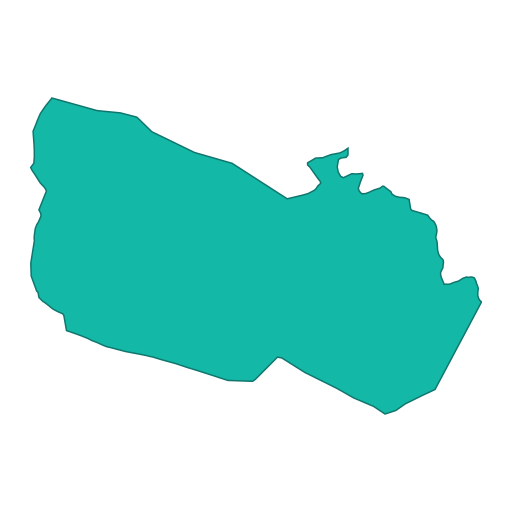 Santa Cruz Tacahua, Oaxaca, Mexico (Natural Earth projection)
{"feature_id": "50627088B55169322722407", "entity_name": "Santa Cruz Tacahua", "entity_type": "district", "adm_level": 2, "iso_a3": "MEX", "parent_name": "Mexico", "parent_adm1": "Oaxaca", "projection": "natural_earth1", "projection_center": [-97.457, 16.92], "detail": "fine", "context": "isolated", "style": "filled", "palette": "teal", "viewbox_px": 512, "rotation_deg": 0, "n_neighbors": 0, "source": "geoboundaries", "source_scale": "gbopen_adm2", "svg_char_len": 2692}
<svg xmlns="http://www.w3.org/2000/svg" viewBox="0 0 512 512"><path d="M348.0,148.2L344.2,150.8L340.1,152.9L331.1,154.6L324.5,157.0L323.1,157.7L315.6,158.1L312.6,159.9L307.6,162.8L307.6,165.0L310.0,167.3L318.0,178.6L320.3,181.5L320.7,183.3L317.8,186.0L316.0,188.8L314.0,190.5L308.0,193.6L302.8,195.1L287.2,198.8L232.1,163.3L194.5,152.5L151.9,131.8L136.9,117.2L120.5,112.9L97.1,110.6L51.9,98.0L49.7,100.8L48.5,102.3L47.5,103.5L45.3,106.3L44.2,107.9L43.6,108.8L43.1,109.5L42.3,110.7L40.4,113.5L39.0,116.6L37.2,120.9L36.2,123.6L35.2,126.1L34.3,128.3L33.1,131.1L33.3,134.8L34.0,144.0L34.3,150.4L34.3,157.5L33.9,161.8L34.0,163.0L32.6,164.9L32.4,165.2L31.7,166.1L31.1,166.8L30.7,167.7L31.2,168.4L31.7,169.5L32.1,170.4L34.7,174.2L37.2,178.1L39.2,181.3L40.3,183.0L44.1,187.0L45.6,189.2L46.4,191.1L38.9,209.9L40.8,213.5L41.0,216.0L38.5,221.9L36.8,224.6L35.3,228.5L34.5,233.9L34.1,238.1L34.4,240.5L30.8,263.2L31.2,276.0L36.7,291.1L38.0,292.4L39.0,297.6L43.2,301.7L44.1,302.1L46.3,303.7L52.6,308.8L53.5,309.4L57.9,311.7L62.8,313.8L63.9,315.7L66.5,330.6L75.5,333.7L81.0,335.7L85.0,337.3L88.2,338.6L91.7,340.5L96.5,342.3L103.6,345.5L107.3,346.9L107.5,346.9L109.3,347.3L125.8,351.6L129.6,352.3L133.7,353.1L139.2,354.1L147.1,355.7L149.3,356.3L152.7,357.0L160.2,359.3L164.4,360.5L175.7,363.6L187.7,367.6L198.5,370.9L227.8,380.4L230.3,380.5L252.6,381.3L253.2,380.9L255.2,379.5L277.5,357.1L281.9,358.0L304.9,372.5L336.9,388.4L353.8,398.0L373.6,406.4L385.0,414.0L395.8,410.5L403.6,405.0L405.2,403.9L422.4,395.4L435.0,389.5L481.3,302.4L481.1,301.4L479.7,300.3L478.4,297.8L477.7,295.2L477.9,291.4L478.3,288.4L477.5,285.8L476.3,283.0L476.1,281.6L474.6,278.4L474.1,277.7L471.7,277.0L469.9,277.1L468.3,277.4L466.7,277.0L463.6,278.0L462.2,278.7L458.7,281.0L456.4,281.7L453.6,282.5L450.1,284.0L447.7,284.3L446.0,284.1L444.2,284.3L443.0,281.5L441.4,277.6L441.0,276.3L440.5,273.6L440.7,272.4L441.4,270.7L442.9,267.7L443.1,265.2L443.5,262.5L443.3,260.6L442.7,259.3L441.2,258.0L440.3,257.0L439.1,255.0L438.5,253.7L437.7,250.5L437.5,248.3L437.3,244.6L437.0,241.4L436.3,239.3L435.7,237.5L436.6,233.4L436.9,230.9L436.8,229.2L436.4,227.1L435.8,225.1L434.2,222.0L433.3,221.0L432.0,220.3L429.8,218.2L427.6,215.1L413.3,210.8L411.9,210.4L410.8,209.3L410.3,206.8L409.1,199.4L405.5,198.0L403.1,197.5L399.6,197.3L395.4,196.3L391.9,194.0L390.9,191.7L387.5,189.2L383.7,186.2L382.5,186.2L380.3,188.0L374.0,190.0L368.4,192.6L365.1,193.7L361.7,193.7L359.3,191.2L358.3,188.4L360.4,181.9L363.0,175.2L362.5,173.4L356.2,174.0L351.8,173.7L343.4,177.7L340.6,176.3L338.2,172.0L337.2,166.8L338.5,159.5L340.9,158.1L343.7,157.6L346.1,157.4L346.7,156.5L347.9,155.2L348.0,153.8L348.0,148.2Z" fill="#14b8a6" stroke="#0f766e" stroke-width="1.5"/></svg>